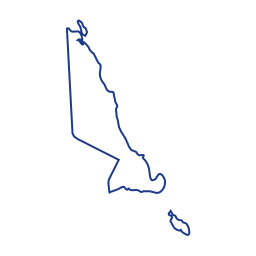 the Province of Mindoro Occidental, rotated 177°
{"feature_id": "PHL-2570", "entity_name": "Mindoro Occidental", "entity_type": "Province", "adm_level": 1, "iso_a3": "PHL", "parent_name": "Philippines", "parent_adm1": "", "projection": "equal_earth", "projection_center": [120.676, 13.012], "detail": "fine", "context": "isolated", "style": "outline", "palette": "blue", "viewbox_px": 256, "rotation_deg": 177, "n_neighbors": 0, "source": "natural_earth", "source_scale": "10m", "svg_char_len": 2217}
<svg xmlns="http://www.w3.org/2000/svg" viewBox="0 0 256 256"><g transform="rotate(177 128 128)"><path d="M183.8,229.9L183.6,230.6L182.1,230.6L180.0,227.8L178.6,227.1L172.7,227.1L171.0,225.9L169.6,222.9L169.0,219.1L169.8,215.7L170.3,217.7L171.2,218.9L172.4,219.1L173.7,218.3L173.0,217.9L172.4,217.9L171.7,218.3L171.1,216.0L171.1,215.7L169.1,213.7L168.4,214.0L168.4,216.5L166.9,215.4L164.9,213.2L163.2,210.8L162.1,208.0L159.6,204.9L158.8,204.6L158.3,203.8L154.2,194.6L153.0,193.6L152.1,192.2L152.3,189.2L153.3,183.8L153.2,181.3L152.6,178.7L151.7,176.5L149.2,172.6L147.5,168.1L146.1,166.1L144.0,165.0L142.1,165.0L140.7,164.3L140.2,161.3L140.1,159.9L139.6,157.4L139.5,156.0L139.2,154.5L137.6,151.2L137.7,150.0L138.1,149.1L138.6,148.4L138.9,147.6L139.0,146.5L138.7,140.3L137.8,136.3L136.9,129.2L135.3,125.2L131.1,117.6L128.0,109.4L125.9,105.9L121.3,103.8L119.5,101.0L118.0,100.1L114.7,100.4L113.7,99.8L114.8,97.4L112.2,94.3L110.3,90.7L109.2,86.6L108.4,77.6L107.7,75.4L106.5,74.5L105.8,74.6L104.1,75.1L103.5,75.4L102.7,76.1L102.3,76.8L102.0,77.5L101.5,78.1L99.7,80.2L98.5,80.5L97.0,79.8L95.8,78.4L94.8,76.6L94.0,74.5L93.8,72.3L94.2,69.4L95.2,66.8L96.8,64.5L98.6,62.8L100.8,61.8L103.0,61.7L109.6,63.7L115.3,64.0L116.5,63.8L117.5,63.4L118.5,63.5L120.4,64.9L121.4,65.3L123.2,65.7L126.9,65.6L129.1,66.1L130.4,67.5L132.0,66.4L133.2,67.1L134.9,69.3L136.6,69.5L138.1,68.9L140.9,67.5L149.3,64.9L149.8,64.6L150.0,65.4L150.4,71.7L150.4,75.1L149.7,77.7L138.9,96.7L178.7,119.5L182.2,122.3L183.7,125.5L183.8,229.9ZM89.4,38.0L90.2,38.5L91.0,38.7L91.6,39.2L91.8,40.6L90.2,42.2L89.8,42.9L89.1,41.8L88.5,40.3L87.7,39.0L86.9,38.4L85.5,38.0L84.9,37.1L84.6,36.0L84.0,34.9L82.9,34.0L82.0,33.5L80.9,33.2L79.7,33.1L79.1,32.7L78.0,30.9L74.9,29.6L73.4,27.3L72.5,24.3L72.2,21.2L72.3,19.8L72.7,18.8L73.4,18.3L74.4,18.1L75.8,18.8L78.2,20.4L80.2,22.2L80.6,23.5L82.0,22.9L83.9,23.5L85.8,24.7L87.2,26.0L90.5,32.7L90.0,34.2L89.1,35.2L88.7,36.3L89.4,38.0ZM171.2,232.9L172.4,235.7L172.6,237.1L172.3,237.6L171.5,237.9L170.5,237.3L169.6,236.4L168.7,235.8L168.1,234.6L167.7,232.8L166.8,231.0L165.0,229.8L163.9,225.8L165.8,222.4L168.5,223.8L169.5,226.7L170.2,231.0L170.6,232.1L171.0,232.6L171.2,232.9Z" fill="none" stroke="#1e3a8a" stroke-width="2"/></g></svg>